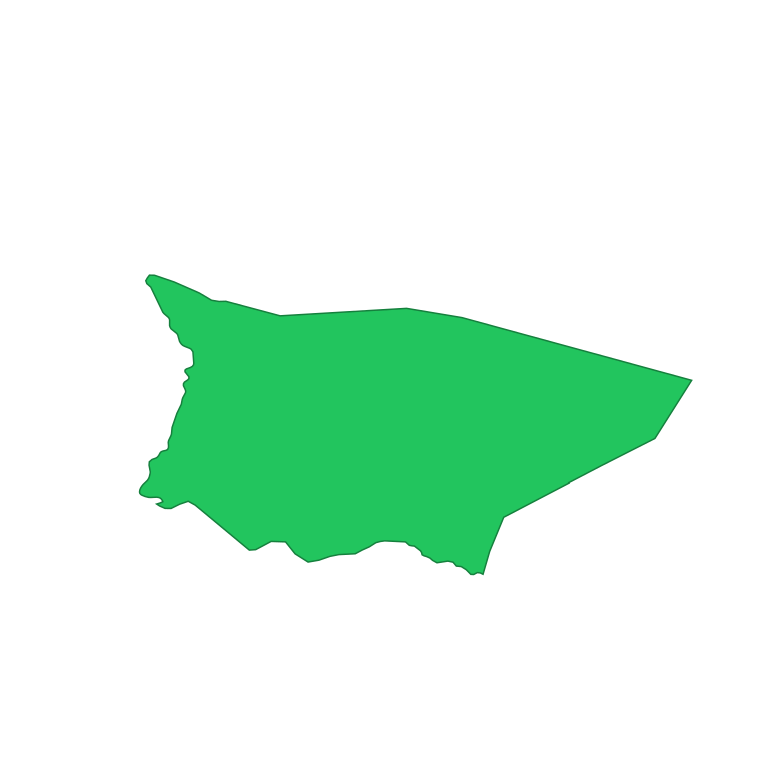 the border of Brakna, rotated 59°
{"feature_id": "MRT-2784", "entity_name": "Brakna", "entity_type": "Region", "adm_level": 1, "iso_a3": "MRT", "parent_name": "Mauritania", "parent_adm1": "", "projection": "equal_earth", "projection_center": [-13.723, 17.338], "detail": "fine", "context": "isolated", "style": "filled", "palette": "green", "viewbox_px": 768, "rotation_deg": 59, "n_neighbors": 0, "source": "natural_earth", "source_scale": "10m", "svg_char_len": 1934}
<svg xmlns="http://www.w3.org/2000/svg" viewBox="0 0 768 768"><g transform="rotate(59 384 384)"><path d="M175.8,535.6L172.8,535.0L171.2,532.2L169.9,529.0L172.6,524.7L188.5,511.3L210.8,495.5L223.4,488.7L228.3,482.9L231.7,476.9L232.8,475.9L272.1,437.9L330.8,325.7L367.3,282.9L412.7,239.5L539.3,118.4L570.2,179.8L565.9,239.9L563.7,276.4L564.3,276.4L559.9,350.0L581.9,379.6L598.1,397.1L595.5,398.8L593.7,401.2L593.5,405.2L591.9,407.6L585.6,409.1L580.3,411.8L577.3,415.8L572.3,416.6L568.7,420.5L564.5,430.7L560.2,433.2L556.8,434.3L553.8,436.4L552.0,438.1L550.0,439.3L547.9,438.6L545.8,438.6L538.6,441.4L537.1,443.4L535.3,445.4L530.4,446.9L518.8,464.2L517.1,468.2L515.8,472.7L516.0,480.5L515.1,488.1L514.7,496.1L507.0,510.5L503.9,519.1L501.5,530.5L497.5,540.8L483.8,547.7L468.6,549.7L460.8,561.8L459.9,579.3L457.0,585.0L390.6,608.2L383.7,612.2L381.8,621.0L381.0,630.6L377.9,635.7L373.1,639.1L369.8,640.7L370.7,637.0L371.0,634.2L369.5,634.0L368.0,634.1L366.5,634.6L365.2,635.6L363.9,637.2L361.0,642.6L359.9,644.2L357.3,646.8L354.6,648.8L353.4,649.4L352.0,649.6L350.7,649.2L349.2,648.0L347.9,646.3L346.9,644.4L346.1,642.3L344.7,636.4L343.9,634.7L342.9,633.2L340.3,630.6L339.0,629.6L332.6,627.2L329.8,625.2L329.2,621.7L330.0,617.8L330.0,616.0L329.3,614.0L327.7,611.3L327.3,609.9L327.6,608.0L328.7,604.7L328.6,603.1L327.6,601.6L326.1,600.6L322.9,599.0L321.5,597.7L318.6,593.3L317.5,592.0L312.1,588.0L302.5,576.6L297.0,568.2L293.1,564.7L292.0,563.3L289.2,558.6L287.9,557.6L286.1,557.2L282.2,556.8L280.5,555.8L279.6,554.1L279.4,550.2L278.9,548.5L277.3,547.5L271.1,548.3L269.6,547.4L269.3,545.7L270.1,541.6L270.2,539.2L269.5,537.5L268.3,536.4L258.0,531.2L254.8,531.4L253.3,532.2L249.0,535.5L247.4,536.5L245.7,537.1L243.9,537.3L242.2,537.3L235.6,535.5L233.9,535.6L227.1,538.1L225.3,538.1L223.5,537.7L218.9,534.9L217.5,534.4L215.9,534.5L210.4,536.3L208.5,536.6L180.8,534.0L175.8,535.6Z" fill="#22c55e" stroke="#15803d" stroke-width="1.5"/></g></svg>